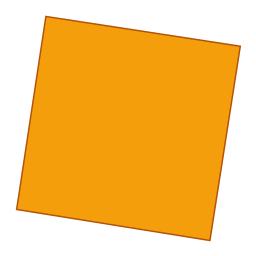 the district of Loup, Nebraska, United States of America, rotated 279°
{"feature_id": "52423323B93149013666226", "entity_name": "Loup", "entity_type": "district", "adm_level": 2, "iso_a3": "USA", "parent_name": "United States of America", "parent_adm1": "Nebraska", "projection": "albers", "projection_center": [-99.486, 41.914], "detail": "fine", "context": "isolated", "style": "filled", "palette": "amber", "viewbox_px": 256, "rotation_deg": 279, "n_neighbors": 0, "source": "geoboundaries", "source_scale": "gbopen_adm2", "svg_char_len": 247}
<svg xmlns="http://www.w3.org/2000/svg" viewBox="0 0 256 256"><g transform="rotate(279 128 128)"><path d="M29.7,226.5L226.3,226.1L225.3,29.5L220.3,29.5L40.5,30.7L30.1,30.7L29.7,226.5Z" fill="#f59e0b" stroke="#b45309" stroke-width="1.5"/></g></svg>